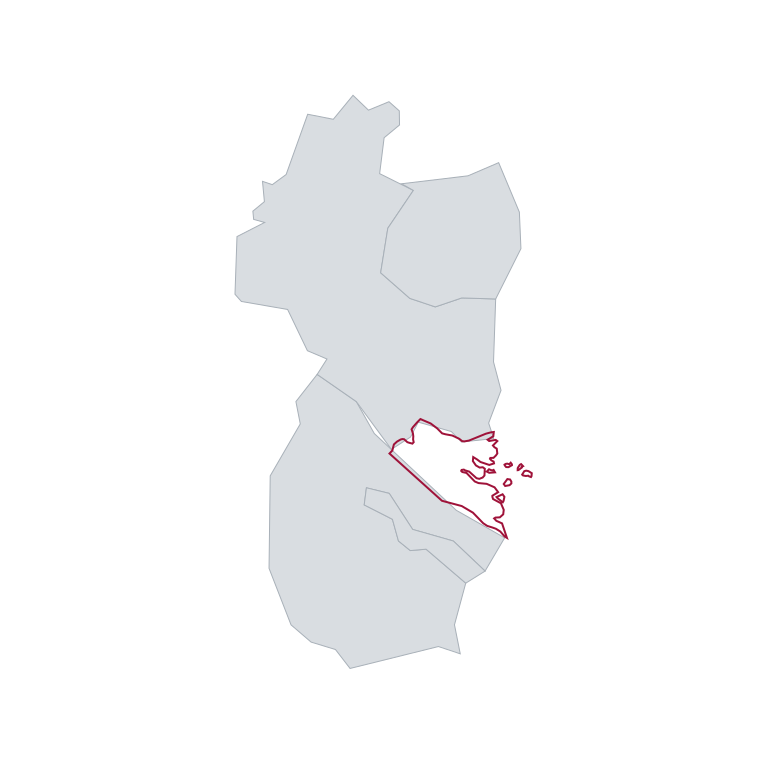 Guinea-Bissau shown with its bordering countries, rotated 222°
{"feature_id": "GNB", "entity_name": "Guinea-Bissau", "entity_type": "country or territory", "adm_level": 0, "iso_a3": "GNB", "parent_name": "Africa", "parent_adm1": "", "projection": "orthographic", "projection_center": [-15.403, 11.81], "detail": "medium", "context": "with_neighbors", "style": "outline", "palette": "rose", "viewbox_px": 768, "rotation_deg": 222, "n_neighbors": 4, "source": "natural_earth", "source_scale": "50m", "svg_char_len": 3348}
<svg xmlns="http://www.w3.org/2000/svg" viewBox="0 0 768 768"><g transform="rotate(222 384 384)"><path d="M190.0,290.7L170.5,252.2L146.8,234.5L167.9,225.3L218.9,149.9L242.4,154.2L265.5,143.4L291.9,142.8L346.1,170.1L407.1,239.6L419.5,298.3L437.7,312.0L440.1,346.4L392.8,352.4L358.1,340.7L245.8,338.5L191.4,350.4L183.7,312.6L227.4,313.7L265.4,295.1L306.9,306.2L327.6,295.1L317.8,280.9L287.2,289.1L268.2,277.0L253.0,277.8L242.2,289.4L190.0,290.7Z" fill="#d9dde1" stroke="#a8b0b8" stroke-width="1"/><path d="M334.8,340.4L392.8,352.4L440.1,346.4L443.1,364.4L463.2,357.5L505.5,374.9L545.2,349.9L554.8,351.0L591.9,395.2L580.8,424.2L591.0,419.1L597.1,424.7L594.9,439.5L609.9,453.3L600.4,457.4L596.9,474.2L621.2,533.4L598.8,546.8L600.2,577.8L578.8,577.1L569.2,597.1L555.4,597.2L545.8,586.9L548.7,567.1L528.0,537.4L491.7,547.5L485.4,502.3L460.9,464.4L422.1,464.9L397.5,475.6L383.8,500.0L357.9,521.9L317.4,473.7L292.8,457.6L280.1,425.0L266.0,416.9L287.5,392.8L302.2,393.7L333.0,378.6L328.8,362.3L334.8,340.4Z" fill="#d9dde1" stroke="#a8b0b8" stroke-width="1"/><path d="M357.9,521.9L383.8,500.0L397.5,475.6L422.1,464.9L460.9,464.4L485.4,502.3L491.7,547.5L505.0,544.5L460.9,594.9L446.9,625.2L398.4,602.3L372.8,576.2L357.9,521.9Z" fill="#d9dde1" stroke="#a8b0b8" stroke-width="1"/><path d="M190.0,290.7L242.2,289.4L253.0,277.8L268.2,277.0L287.2,289.1L317.8,280.9L327.6,295.1L306.9,306.2L265.4,295.1L227.4,313.7L183.7,312.6L190.0,290.7Z" fill="#d9dde1" stroke="#a8b0b8" stroke-width="1"/><path d="M189.7,351.9L192.4,351.4L198.9,352.2L204.0,351.3L207.6,349.8L212.4,347.6L217.1,346.9L231.8,347.9L244.6,345.3L262.8,336.0L333.4,336.0L333.3,340.1L336.2,345.7L335.8,349.9L334.5,353.9L333.5,355.4L332.1,356.4L327.7,356.4L325.9,357.2L323.0,358.7L323.0,360.6L325.3,362.3L327.2,364.7L329.4,366.6L333.2,368.8L333.6,371.3L333.7,377.5L333.5,382.3L322.9,385.9L314.7,386.6L307.8,386.2L304.8,387.7L298.8,391.4L291.4,393.6L287.7,393.8L285.9,395.1L283.0,398.8L275.0,415.3L272.4,419.3L270.3,421.8L267.8,418.3L269.7,411.9L267.7,412.0L263.6,417.2L261.6,417.4L261.9,411.2L259.6,410.9L257.0,411.4L253.3,408.2L253.0,405.8L253.2,402.4L255.5,400.2L255.2,399.3L253.0,399.1L250.6,399.7L249.1,398.6L251.6,394.3L260.1,390.6L264.4,390.2L268.8,389.4L266.4,386.2L261.2,385.0L257.0,385.9L254.9,388.2L252.4,388.5L248.1,383.2L248.1,380.5L249.7,377.3L252.2,375.9L262.1,375.9L265.9,374.1L267.4,373.8L268.8,372.1L268.5,371.1L266.9,371.0L263.2,373.1L251.3,372.3L247.5,373.6L240.9,378.5L232.7,381.2L226.8,380.0L228.7,373.5L227.9,372.6L226.0,371.5L217.3,373.6L210.8,370.6L208.2,366.9L208.7,362.4L211.8,359.3L212.2,357.8L209.0,357.5L203.0,359.4L189.7,351.9ZM218.4,415.9L214.5,416.6L212.7,414.2L212.5,413.2L214.5,412.4L215.4,412.4L217.0,410.6L218.9,409.4L219.7,409.0L220.7,409.1L221.4,413.1L220.4,414.7L218.4,415.9ZM228.7,395.9L226.4,397.4L224.1,396.7L222.8,395.3L223.0,392.8L225.7,389.3L228.1,389.8L228.7,395.9ZM224.7,375.3L222.1,381.4L219.0,380.7L216.9,377.1L216.6,375.6L223.0,375.1L224.7,375.3ZM237.2,408.2L237.2,410.3L235.2,409.9L234.6,409.3L235.8,405.6L237.6,404.0L239.8,404.3L240.5,404.7L240.0,406.2L239.1,407.3L237.2,408.2ZM245.6,392.4L245.1,393.5L242.4,392.6L246.4,388.4L249.0,387.7L248.9,390.9L246.9,391.6L245.6,392.4ZM229.0,414.8L228.5,416.2L225.7,416.0L226.3,414.6L225.7,414.2L226.5,410.0L227.0,409.4L228.3,410.9L228.5,411.5L229.0,414.8Z" fill="none" stroke="#9f1239" stroke-width="2"/></g></svg>